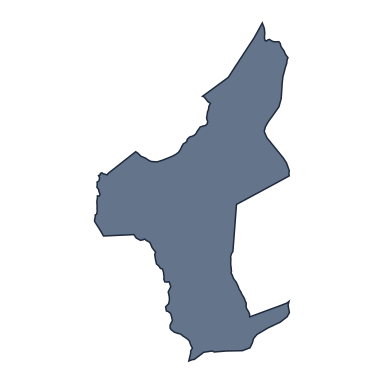 Lago da Pedra, Maranhão, Brazil
{"feature_id": "56859067B74680935890891", "entity_name": "Lago da Pedra", "entity_type": "district", "adm_level": 2, "iso_a3": "BRA", "parent_name": "Brazil", "parent_adm1": "Maranhão", "projection": "robinson", "projection_center": [-45.211, -4.719], "detail": "fine", "context": "isolated", "style": "filled", "palette": "slate", "viewbox_px": 384, "rotation_deg": 0, "n_neighbors": 0, "source": "geoboundaries", "source_scale": "gbopen_adm2", "svg_char_len": 2820}
<svg xmlns="http://www.w3.org/2000/svg" viewBox="0 0 384 384"><path d="M262.3,23.0L254.2,37.7L247.5,47.9L236.7,64.4L235.1,66.8L228.3,77.4L202.5,96.3L203.9,96.8L205.9,99.1L207.9,101.7L210.4,103.4L209.0,106.0L208.7,107.9L208.3,110.0L207.5,111.8L207.0,115.8L206.6,117.4L206.8,119.2L207.7,121.5L207.2,123.9L205.3,125.6L202.7,126.1L200.1,127.1L198.6,129.4L197.4,130.9L196.0,133.6L194.4,135.2L191.9,136.4L190.3,136.7L189.0,137.6L187.3,139.3L186.6,141.7L185.0,142.9L183.4,143.8L181.8,146.4L180.5,149.5L178.5,152.3L175.6,154.5L172.4,156.2L166.8,158.5L161.6,160.5L157.0,161.9L151.4,161.5L148.8,160.4L145.6,158.2L140.9,156.2L138.0,153.3L135.7,151.7L110.4,171.6L108.4,173.2L107.0,174.9L105.5,174.3L103.4,173.9L101.9,172.8L100.4,173.4L100.1,175.0L98.5,175.5L99.6,177.9L98.9,181.0L97.1,182.0L97.2,184.8L96.9,187.3L98.7,189.6L98.9,191.3L100.0,194.2L99.3,196.0L97.4,195.9L97.4,197.8L96.9,201.1L96.9,203.4L97.1,205.7L97.0,208.5L97.2,211.2L96.6,214.2L95.2,215.0L95.2,217.2L94.6,219.6L94.6,221.4L99.8,229.6L103.5,236.0L133.9,234.6L136.3,238.1L140.4,240.3L142.9,239.9L144.4,239.0L146.7,240.7L149.7,242.3L150.5,243.8L152.1,247.6L153.7,249.8L155.6,252.1L154.7,254.5L155.6,260.2L156.5,264.0L158.8,265.9L160.5,268.5L162.5,269.0L163.6,272.8L163.7,274.7L164.1,276.5L163.8,279.2L164.8,281.9L167.0,282.1L169.1,281.8L170.8,286.6L168.2,292.0L169.3,296.8L169.4,300.0L168.7,303.7L165.6,306.8L166.4,311.0L168.2,311.5L170.7,313.6L171.8,317.8L172.4,320.5L170.1,325.0L170.1,328.1L171.1,329.7L174.4,332.2L178.2,333.5L180.6,334.0L182.7,335.8L186.9,338.6L189.2,340.7L190.7,344.9L192.4,348.2L190.7,350.9L190.7,353.0L188.8,361.0L192.3,359.7L194.4,359.4L203.7,352.3L205.4,352.0L212.4,351.0L214.2,352.0L226.2,351.0L242.4,350.7L250.0,347.8L252.3,343.0L253.6,338.5L256.9,334.5L267.9,328.0L280.3,322.1L287.2,316.7L289.4,312.5L288.5,307.8L288.1,304.8L289.0,301.4L287.2,302.9L285.0,303.8L280.9,305.4L249.7,316.9L249.6,314.4L248.8,312.2L247.6,310.2L246.6,308.6L246.1,306.7L246.2,304.9L246.2,302.9L245.3,301.4L244.5,298.8L243.5,296.9L242.0,294.6L240.7,291.6L239.0,289.0L238.3,286.7L236.3,282.3L233.8,279.0L232.8,276.9L232.3,275.2L231.0,272.8L231.5,271.2L231.2,269.5L231.2,267.7L230.8,265.6L230.7,262.1L230.9,258.8L230.6,257.0L231.0,255.2L231.7,253.4L232.9,251.5L236.5,204.4L252.1,196.0L271.6,185.5L283.4,179.1L289.2,175.9L288.9,172.8L289.3,170.8L286.5,162.9L283.4,158.1L271.3,143.2L267.0,137.9L265.4,134.3L264.2,131.4L265.4,126.8L266.8,124.2L268.1,122.0L269.0,120.7L271.0,118.0L278.9,106.9L281.2,98.6L282.0,86.6L282.1,84.1L282.9,76.8L285.5,66.9L286.7,63.5L287.1,59.9L288.0,57.7L286.1,55.3L284.9,53.2L284.2,51.2L280.8,46.3L280.3,43.5L278.9,41.7L276.1,41.8L273.2,41.6L271.2,40.6L269.4,39.4L267.8,39.9L266.4,41.0L265.0,40.5L264.6,38.8L264.5,36.2L264.8,33.3L264.6,31.3L264.3,28.4L263.6,26.4L262.9,24.7L262.3,23.0Z" fill="#64748b" stroke="#1e293b" stroke-width="1.5"/></svg>